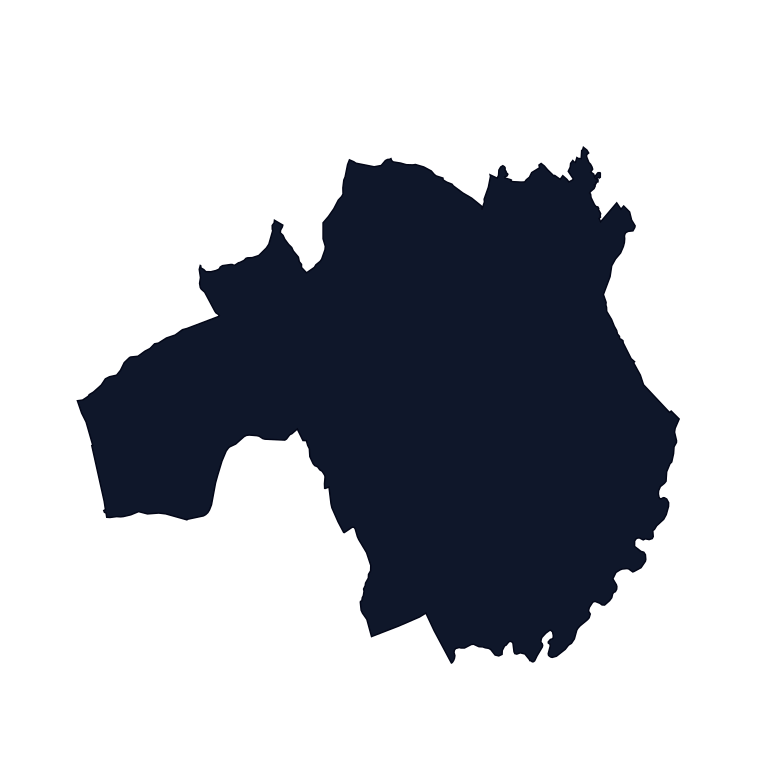 the district of Samarinesti, Gorj, Romania, rotated 279°
{"feature_id": "2599482B36572615810111", "entity_name": "Samarinesti", "entity_type": "district", "adm_level": 2, "iso_a3": "ROU", "parent_name": "Romania", "parent_adm1": "Gorj", "projection": "robinson", "projection_center": [23.051, 44.772], "detail": "fine", "context": "isolated", "style": "filled", "palette": "ink", "viewbox_px": 768, "rotation_deg": 279, "n_neighbors": 0, "source": "geoboundaries", "source_scale": "gbopen_adm2", "svg_char_len": 6164}
<svg xmlns="http://www.w3.org/2000/svg" viewBox="0 0 768 768"><g transform="rotate(279 384 384)"><path d="M607.2,456.1L605.7,456.7L594.7,456.3L582.2,454.0L579.5,454.7L571.4,453.3L574.1,453.0L575.2,452.1L581.3,441.5L585.0,432.0L590.5,421.5L592.0,419.9L593.2,414.4L594.8,410.5L596.6,410.0L597.7,402.9L598.9,400.8L601.8,397.4L604.6,389.3L605.7,380.7L604.9,378.2L604.1,371.7L604.8,365.8L604.8,358.3L605.9,356.6L607.7,355.6L606.8,354.4L606.3,352.3L604.9,350.4L599.4,347.1L597.0,340.3L597.7,321.7L598.8,319.4L600.0,314.8L595.0,313.7L582.4,313.2L579.2,312.4L571.3,312.7L565.2,313.8L562.5,312.8L558.5,310.1L549.2,307.0L540.7,302.9L533.7,298.6L517.9,301.1L510.8,304.5L507.4,304.7L497.5,302.9L495.1,301.7L491.1,298.1L488.3,297.0L481.7,290.1L486.2,284.3L489.3,283.8L491.6,281.2L495.9,279.6L501.2,273.6L504.4,271.5L506.9,268.0L511.4,263.4L515.0,261.0L517.2,257.9L519.9,257.8L523.2,259.0L525.1,259.2L528.6,250.2L526.0,250.3L523.1,248.8L519.4,249.4L518.1,250.1L504.1,248.4L499.9,246.5L491.3,240.2L488.2,234.1L487.3,229.6L486.6,228.1L484.1,226.3L481.5,222.6L481.0,221.3L478.2,218.3L477.8,217.3L478.3,215.3L478.0,213.7L475.6,205.9L473.8,203.9L472.3,203.5L471.2,202.5L469.7,200.1L467.8,195.5L467.1,190.4L468.8,188.2L470.0,185.1L472.1,184.5L472.3,184.0L468.3,183.6L460.4,186.1L454.6,186.1L450.5,187.5L449.0,188.8L446.7,192.5L429.5,205.5L428.0,206.9L426.9,209.3L425.8,210.6L424.8,210.0L408.0,180.7L406.1,176.4L399.7,170.1L395.4,161.9L389.1,154.8L387.8,151.1L382.4,147.3L379.1,142.8L372.9,136.6L371.0,129.5L370.3,128.5L364.5,124.1L356.3,121.6L350.9,118.5L348.2,111.7L345.5,108.0L338.7,104.9L330.5,98.2L327.4,94.5L325.6,93.8L321.0,88.8L319.5,83.8L308.0,89.9L299.9,95.7L278.0,105.9L277.5,105.0L224.3,126.0L216.4,128.5L215.2,127.0L213.6,127.9L213.0,129.7L209.0,131.0L209.3,134.2L211.2,140.6L211.6,144.6L212.3,147.3L215.2,154.4L219.6,161.6L218.7,170.7L221.3,181.7L221.6,188.7L219.0,210.6L219.6,210.9L225.5,226.3L227.1,228.3L229.4,230.1L232.3,231.3L237.7,232.5L260.0,233.1L267.9,234.0L282.5,236.0L293.1,238.6L296.4,240.3L297.7,241.3L301.5,246.9L310.1,254.0L311.7,256.1L312.5,258.8L313.1,266.5L312.9,268.9L311.1,272.9L310.9,275.1L313.1,294.8L314.4,296.3L319.1,298.8L320.6,300.9L326.0,305.4L315.5,312.8L315.9,316.2L311.5,318.2L308.4,320.4L300.7,322.1L294.3,326.4L292.6,328.3L291.8,331.4L289.2,334.0L288.1,336.6L284.7,339.6L283.1,340.3L276.2,340.8L271.7,341.7L271.6,342.1L273.6,345.8L257.4,350.4L253.6,351.9L240.7,360.2L231.2,367.3L231.0,367.9L231.4,368.4L237.3,374.7L237.8,375.6L237.6,377.1L236.4,378.2L229.1,381.6L226.5,383.3L214.8,393.1L202.8,399.3L197.4,400.0L193.6,398.5L189.9,398.9L184.5,396.9L181.9,397.0L178.3,395.9L176.2,396.7L171.7,396.7L169.7,396.0L166.3,396.0L165.6,394.8L164.6,394.8L157.0,396.8L154.3,398.6L148.8,403.9L132.6,411.2L147.2,436.3L159.4,455.5L164.3,461.2L148.2,472.1L119.0,494.2L119.6,495.0L121.8,496.0L124.1,496.5L126.8,496.5L129.9,495.1L132.2,495.2L133.9,496.1L135.5,499.5L135.3,501.3L135.9,504.9L140.4,511.0L141.0,513.2L139.4,518.8L139.8,522.7L139.3,525.2L139.3,528.6L138.5,530.9L133.7,536.1L133.4,539.9L135.4,542.9L139.3,542.5L144.2,544.1L145.2,545.5L148.7,547.5L149.6,548.8L149.4,550.5L148.2,551.9L139.8,554.3L138.2,555.4L138.0,557.4L139.8,560.6L139.4,565.4L134.6,570.7L133.6,571.3L133.5,572.7L132.8,573.9L133.1,575.1L134.2,576.1L139.5,577.7L149.0,581.5L150.7,581.6L152.2,580.9L153.5,579.3L156.6,579.2L158.4,579.6L163.2,582.8L166.4,585.9L166.9,587.1L165.6,589.2L162.2,590.5L160.1,590.8L158.7,590.3L157.7,588.3L155.0,586.6L153.9,586.8L152.9,588.7L151.2,589.2L143.4,588.4L141.9,588.9L141.1,589.9L140.4,591.5L140.3,592.9L142.1,596.9L150.3,604.5L155.0,607.1L157.2,609.7L162.0,611.9L171.0,612.9L173.0,613.7L175.7,615.4L183.2,622.0L185.2,623.2L189.1,623.7L191.6,621.6L192.9,621.5L195.5,621.8L200.7,624.1L201.5,624.7L202.3,626.5L201.2,631.5L199.9,633.9L200.2,636.5L205.3,640.7L208.6,642.4L212.7,642.7L214.2,643.6L215.1,645.0L217.7,645.9L220.3,645.7L222.1,644.9L227.4,640.5L234.2,642.6L237.4,646.3L238.5,648.2L239.7,652.7L239.7,654.5L237.3,659.1L237.9,660.2L242.8,666.6L249.8,669.9L251.7,670.0L256.3,668.9L258.5,666.9L258.9,663.9L262.8,656.9L268.2,656.1L270.5,657.2L271.3,658.1L272.0,660.2L270.6,664.4L272.0,666.4L271.8,670.2L273.3,673.1L275.4,673.8L281.3,672.4L282.6,673.8L286.7,675.5L294.1,681.4L299.1,683.2L307.6,684.2L311.3,683.7L314.6,681.2L315.5,678.8L315.4,677.6L313.9,675.7L314.0,674.3L315.5,673.2L318.3,672.2L321.5,671.9L325.9,673.0L329.8,676.5L332.1,677.8L341.5,676.9L349.9,678.9L352.0,680.4L360.5,680.9L367.3,680.3L372.0,682.0L373.8,681.8L381.9,678.5L385.8,678.5L395.6,681.0L402.2,671.9L400.6,670.4L423.9,640.4L432.9,635.8L444.0,627.2L445.2,628.0L447.7,624.1L461.9,613.9L464.2,613.2L465.2,611.3L465.6,609.7L467.9,609.1L469.9,606.8L473.3,605.4L477.1,602.4L483.3,598.7L490.6,592.6L494.6,591.8L496.7,590.8L499.4,590.6L506.7,586.7L525.4,590.5L536.4,590.4L543.7,593.1L550.5,597.2L557.2,598.9L561.3,599.3L565.1,599.0L567.9,598.3L570.2,598.6L571.6,599.4L573.0,601.4L574.2,605.9L577.7,607.2L579.5,607.3L584.7,602.9L592.3,599.7L597.3,592.9L593.7,590.7L599.3,585.5L578.1,572.6L581.2,570.5L582.6,571.7L584.4,571.2L586.2,571.3L590.1,568.4L590.9,568.6L592.3,567.6L592.5,565.5L594.1,563.8L600.6,559.3L603.8,558.4L604.8,557.2L606.5,558.0L609.9,560.9L612.4,561.6L613.1,561.5L613.5,560.8L614.1,561.6L616.0,562.3L616.4,561.9L617.1,563.7L619.1,563.5L619.4,563.1L619.1,562.4L619.7,562.1L619.9,561.4L621.6,563.4L621.1,564.3L622.0,565.3L626.1,564.7L626.5,564.3L626.2,562.4L625.8,562.0L621.4,559.6L624.1,558.3L625.7,555.0L628.8,556.5L630.9,555.5L633.4,553.6L634.8,551.7L640.1,548.6L642.2,548.3L644.2,550.0L646.8,547.8L649.0,543.9L646.2,543.5L645.6,542.7L637.4,543.5L637.2,540.4L637.8,539.1L632.8,538.4L633.1,536.9L634.3,535.5L631.1,533.8L627.3,534.0L622.9,532.7L616.2,538.9L615.0,538.3L612.5,535.0L614.7,532.7L617.7,528.0L613.7,526.0L616.7,520.0L615.9,519.5L621.2,512.0L624.4,508.3L626.4,504.7L624.5,502.8L621.9,503.8L615.9,496.8L611.0,495.3L608.0,492.6L605.6,491.4L604.9,488.2L604.0,479.5L604.4,477.5L605.4,477.8L605.6,477.2L606.4,471.3L607.6,471.1L608.7,472.9L610.4,473.5L611.2,473.0L611.7,471.7L613.2,471.3L614.0,470.2L616.5,469.8L617.4,469.0L618.2,467.2L616.6,465.3L613.3,464.0L608.0,464.5L605.0,463.6L607.2,456.1Z" fill="#0f172a" stroke="#020617" stroke-width="1.5"/></g></svg>